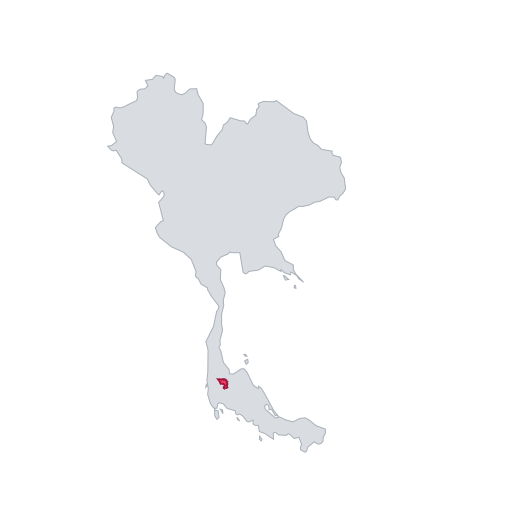 location of Khiri Rat Nikhom, Surat Thani, Thailand, rotated 343°
{"feature_id": "78962969B17621560211426", "entity_name": "Khiri Rat Nikhom", "entity_type": "district", "adm_level": 2, "iso_a3": "THA", "parent_name": "Thailand", "parent_adm1": "Surat Thani", "projection": "mercator", "projection_center": [98.979, 8.995], "detail": "fine", "context": "in_parent", "style": "filled", "palette": "rose", "viewbox_px": 512, "rotation_deg": 343, "n_neighbors": 0, "source": "geoboundaries", "source_scale": "gbopen_adm2", "svg_char_len": 6148}
<svg xmlns="http://www.w3.org/2000/svg" viewBox="0 0 512 512"><g transform="rotate(343 256 256)"><path d="M219.2,57.0L219.7,59.0L221.8,56.4L224.4,55.1L229.8,60.9L230.4,63.5L226.5,72.9L227.1,76.0L229.6,78.6L232.6,80.1L235.7,79.7L241.6,76.9L248.2,78.7L247.8,84.9L250.1,94.8L246.9,104.8L243.8,109.8L246.2,114.1L246.4,118.1L240.1,133.7L241.4,134.9L245.3,136.6L247.0,136.1L253.5,130.0L260.8,125.2L263.1,121.2L267.7,119.8L271.8,116.2L281.2,122.5L283.7,123.1L284.9,124.2L285.4,126.8L286.6,127.2L290.5,123.6L297.0,121.3L299.6,115.9L302.6,114.3L302.3,111.7L303.3,110.7L308.6,110.4L316.6,113.3L319.5,113.9L320.8,113.2L333.5,130.5L341.8,137.1L343.8,141.6L341.9,153.1L342.1,159.7L343.9,164.7L347.4,168.2L349.9,173.2L359.5,178.0L358.7,179.2L359.3,182.3L365.2,185.9L365.7,187.1L365.0,191.7L362.3,195.2L361.7,198.1L361.7,201.7L363.2,207.0L361.3,218.1L357.8,221.2L353.2,223.4L350.7,226.3L348.8,225.6L347.9,222.5L342.8,220.9L333.1,222.5L328.2,221.7L321.7,222.8L315.3,222.3L311.5,221.0L300.9,223.5L296.4,225.7L293.2,228.8L288.4,236.9L283.5,241.9L283.6,243.9L277.6,245.1L277.8,252.0L281.3,259.5L282.3,268.8L289.1,275.5L287.8,280.1L288.6,284.6L293.9,295.0L290.1,290.1L289.3,286.7L284.8,281.5L283.4,284.1L278.2,280.2L275.9,276.3L275.2,278.0L270.0,272.6L264.7,269.7L261.7,268.3L254.3,270.2L244.9,268.7L241.3,270.2L239.8,269.3L238.9,267.6L241.5,248.1L233.4,245.6L232.0,244.4L230.2,245.8L222.2,246.7L216.5,250.2L215.7,253.2L218.4,258.6L215.0,268.3L216.1,277.4L215.7,282.4L211.7,288.8L210.7,293.9L206.1,301.6L203.1,311.4L202.4,317.1L197.0,325.8L195.8,330.7L193.8,332.5L194.6,336.4L193.7,348.3L197.1,356.9L196.2,360.9L199.9,362.3L208.7,359.6L211.6,360.3L213.5,365.0L215.7,379.1L219.4,383.4L220.3,381.2L222.1,383.5L223.4,387.7L228.0,409.8L230.5,415.6L227.7,414.1L226.1,407.1L223.5,406.9L224.4,402.5L222.8,400.9L220.2,402.1L220.3,405.6L227.2,416.6L231.6,416.9L237.0,421.8L243.0,425.4L250.5,424.1L255.7,425.2L258.8,428.2L263.7,435.7L271.8,441.9L270.5,445.8L267.4,448.9L265.7,453.0L263.5,454.2L260.5,454.2L257.3,450.8L249.4,454.0L247.6,457.2L245.6,458.0L242.0,454.5L242.3,452.4L244.5,449.5L244.0,441.9L239.2,441.8L236.0,436.1L235.0,435.5L232.7,436.4L225.2,433.7L222.9,430.1L220.7,430.4L219.2,436.5L212.5,428.3L207.9,424.9L208.6,418.8L205.4,417.5L204.1,415.8L205.3,412.1L201.0,412.7L199.0,411.7L196.5,405.1L194.3,402.4L191.5,402.4L190.6,401.1L190.8,397.9L183.8,393.3L181.6,388.0L178.3,385.6L176.2,386.3L174.1,390.1L172.5,389.9L171.0,388.8L169.2,383.5L169.3,374.3L171.6,368.9L172.8,360.2L176.0,352.9L182.7,331.7L183.0,323.3L194.5,311.3L202.1,297.6L204.7,295.5L205.8,293.0L201.7,281.9L199.9,274.2L200.2,272.2L195.3,266.9L194.1,260.9L192.7,259.0L192.3,257.0L194.1,253.5L193.1,240.3L187.7,231.2L178.0,222.7L169.4,210.2L168.3,205.8L168.0,199.5L174.9,195.3L177.7,195.0L178.6,176.2L184.6,172.6L185.9,171.1L186.5,167.9L185.1,166.1L181.2,169.2L180.5,168.5L175.6,157.4L174.6,150.6L155.1,127.8L156.0,123.9L153.2,114.0L150.3,113.8L148.3,112.1L146.3,107.6L150.0,108.2L156.2,105.7L155.1,96.0L157.7,90.5L158.1,81.2L162.7,75.7L163.3,73.0L165.9,72.7L169.3,74.7L172.8,74.7L187.2,72.4L189.1,69.9L190.0,64.8L191.4,63.2L194.7,62.7L198.4,63.7L202.4,61.7L201.6,55.7L208.6,56.8L213.1,54.0L219.2,57.0ZM174.5,392.6L173.5,399.5L170.8,400.9L169.9,396.8L171.5,390.4L172.2,391.9L174.5,392.6ZM217.9,352.3L217.4,355.6L215.0,356.7L214.4,353.0L217.9,352.3ZM277.5,283.2L280.5,288.0L277.1,287.6L276.4,282.9L277.5,283.2ZM207.1,434.4L205.6,432.4L206.8,429.3L208.1,433.1L207.1,434.4ZM179.0,393.3L178.3,397.1L177.0,392.0L179.0,393.3ZM218.0,349.3L216.7,348.9L215.6,346.7L217.1,346.7L218.0,349.3ZM190.7,404.6L192.2,409.0L190.5,407.0L190.7,404.6ZM285.2,295.8L284.7,298.6L283.2,297.5L284.2,295.4L285.2,295.8ZM171.2,365.9L169.6,366.9L170.9,364.3L171.2,365.9Z" fill="#d9dde1" stroke="#a8b0b8" stroke-width="1"/><path d="M187.3,371.5L187.0,371.7L186.8,371.8L186.8,372.0L186.7,372.1L186.7,372.3L186.6,372.2L186.4,372.3L186.4,372.6L186.4,372.8L186.5,372.8L186.4,372.8L186.5,372.8L186.7,373.0L186.8,373.2L186.8,373.3L186.8,373.5L187.0,373.7L187.1,373.8L187.3,373.5L187.4,373.3L187.6,373.3L187.8,373.4L188.0,373.4L188.4,373.4L188.6,373.4L188.9,373.4L189.0,373.5L189.3,373.8L189.6,373.7L189.8,373.7L190.0,373.5L189.9,373.4L190.0,373.4L189.9,373.3L189.9,373.2L190.0,372.9L190.2,372.7L190.3,372.5L190.3,372.4L190.5,372.1L190.6,371.7L190.3,371.5L190.3,371.4L190.2,371.3L190.0,371.2L189.8,371.0L189.7,370.9L189.8,370.8L189.8,370.7L190.1,370.6L190.3,370.6L190.6,370.5L190.8,370.5L191.0,370.4L191.3,370.2L191.5,370.1L191.5,369.9L191.4,369.8L191.4,369.7L191.3,369.4L191.3,369.2L191.1,368.9L191.3,368.8L191.4,368.7L191.4,368.4L191.5,368.3L191.4,368.3L191.5,368.2L191.4,368.2L191.5,368.1L191.4,367.9L191.2,367.8L191.1,367.7L191.1,367.4L191.3,367.2L191.2,367.1L191.3,366.9L191.4,366.7L191.2,366.6L191.2,366.2L191.3,366.0L191.2,366.0L190.9,366.0L190.6,366.1L190.4,366.0L190.4,365.9L190.2,365.7L190.1,365.4L190.1,365.2L189.9,365.1L190.0,365.1L189.9,365.1L190.0,365.0L190.0,364.9L190.2,364.7L189.9,364.6L189.7,364.7L189.6,364.8L189.5,364.7L189.4,364.6L189.3,364.4L189.3,364.5L189.2,364.4L189.1,364.5L189.1,364.4L188.9,364.5L188.7,364.7L188.5,364.4L188.4,364.4L188.3,364.2L188.2,364.1L188.2,363.9L187.9,363.9L187.7,363.8L187.4,363.8L187.2,363.8L186.9,363.9L186.7,363.8L186.6,363.7L186.4,363.7L186.3,363.8L186.2,363.7L186.2,363.8L186.1,363.7L185.9,363.6L185.7,363.6L185.6,363.4L185.3,363.3L185.2,363.3L184.9,363.2L184.7,363.1L184.4,363.0L184.2,363.0L184.2,362.9L184.0,362.7L183.9,362.7L183.7,362.6L183.4,362.5L183.5,362.7L183.5,362.8L183.5,363.0L183.7,363.3L183.7,363.5L183.8,363.5L184.0,363.5L184.1,363.8L184.3,364.0L184.2,364.2L184.2,364.3L184.2,364.5L184.3,364.8L184.3,365.1L184.4,365.3L184.4,365.5L184.4,365.8L184.5,365.8L184.6,366.0L184.7,366.3L184.8,366.3L184.7,366.4L184.7,366.5L184.6,367.0L184.5,367.3L184.6,367.5L184.7,368.0L184.8,368.0L185.0,368.1L185.3,368.2L185.8,368.1L186.1,368.1L186.3,368.3L186.5,368.4L186.7,368.5L186.8,368.5L186.6,368.7L186.7,368.8L186.8,368.8L187.1,368.9L187.2,369.0L187.3,369.1L187.5,369.2L187.9,369.2L188.0,369.3L188.0,369.5L188.0,369.8L188.0,370.0L188.1,370.4L188.1,370.5L187.9,370.8L187.8,371.1L187.8,371.5L187.6,371.5L187.4,371.5L187.3,371.5Z" fill="#f43f5e" stroke="#9f1239" stroke-width="1.5"/></g></svg>